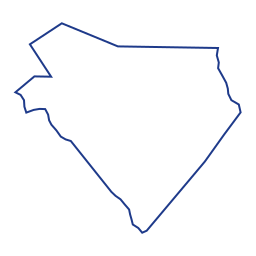 outline of Alagoinha, Paraíba, Brazil
{"feature_id": "56859067B68109418680898", "entity_name": "Alagoinha", "entity_type": "district", "adm_level": 2, "iso_a3": "BRA", "parent_name": "Brazil", "parent_adm1": "Paraíba", "projection": "mercator", "projection_center": [-35.53, -6.971], "detail": "fine", "context": "isolated", "style": "outline", "palette": "blue", "viewbox_px": 256, "rotation_deg": 0, "n_neighbors": 0, "source": "geoboundaries", "source_scale": "gbopen_adm2", "svg_char_len": 633}
<svg xmlns="http://www.w3.org/2000/svg" viewBox="0 0 256 256"><path d="M146.7,230.7L204.8,161.6L224.3,134.3L240.6,112.4L238.8,104.5L231.4,100.2L228.3,93.9L227.8,88.6L226.2,82.8L222.6,76.2L218.1,68.2L218.8,62.5L216.8,55.4L218.0,48.0L117.9,46.4L61.8,23.3L29.9,44.3L51.1,76.7L34.4,76.4L15.4,92.3L20.6,94.9L24.0,100.2L24.4,106.7L26.3,112.6L33.7,109.9L39.6,108.9L45.2,109.1L48.1,114.6L49.1,120.3L51.4,124.7L56.3,130.3L60.8,136.6L65.6,139.4L70.8,141.0L111.4,191.9L115.6,195.9L120.5,199.3L124.6,204.3L129.1,209.5L130.1,214.4L131.5,219.3L132.8,224.5L138.3,228.0L142.2,232.7L146.7,230.7Z" fill="none" stroke="#1e3a8a" stroke-width="2"/></svg>